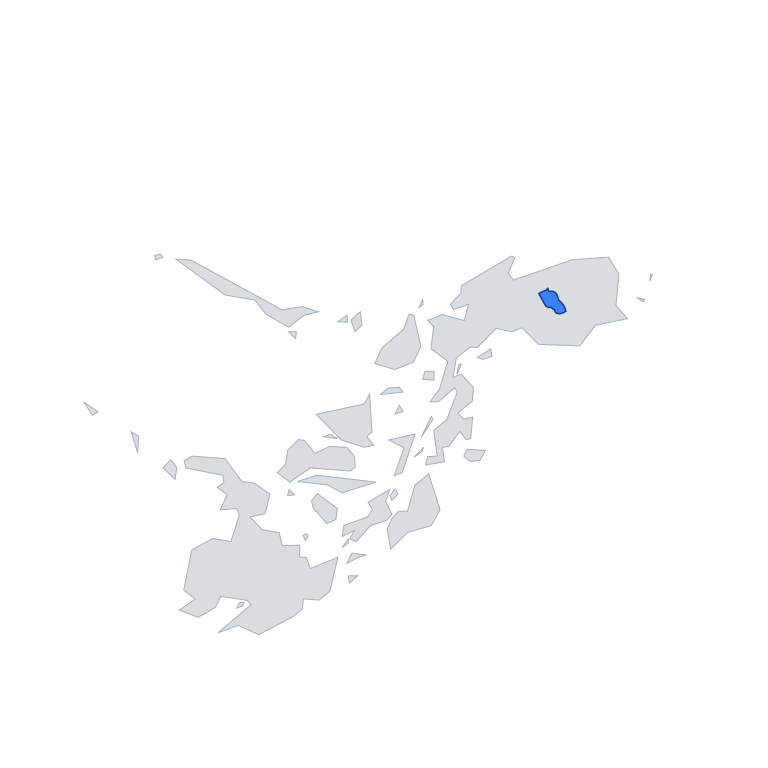 Philippines, with Ifugao highlighted, rotated 71°
{"feature_id": "PHL-2551", "entity_name": "Ifugao", "entity_type": "Province", "adm_level": 1, "iso_a3": "PHL", "parent_name": "Philippines", "parent_adm1": "", "projection": "albers", "projection_center": [121.298, 16.844], "detail": "fine", "context": "in_parent", "style": "filled", "palette": "blue", "viewbox_px": 768, "rotation_deg": 71, "n_neighbors": 0, "source": "natural_earth", "source_scale": "10m", "svg_char_len": 4620}
<svg xmlns="http://www.w3.org/2000/svg" viewBox="0 0 768 768"><g transform="rotate(71 384 384)"><path d="M356.6,126.1L385.3,139.1L401.5,132.4L397.3,164.7L411.7,186.6L396.9,224.9L375.8,235.2L376.3,245.9L367.9,260.0L379.8,283.8L377.2,290.2L382.7,307.0L400.3,316.6L399.8,307.7L416.6,300.7L428.8,305.9L435.6,323.6L443.3,320.1L444.1,310.9L463.8,319.8L463.5,324.5L453.4,327.7L464.2,342.9L463.0,349.3L477.2,352.2L474.2,371.2L466.9,366.4L469.5,357.1L444.1,352.2L438.1,336.2L415.5,317.4L410.5,318.3L418.5,338.2L415.9,346.4L406.9,333.2L383.2,316.3L366.0,328.1L346.1,318.5L338.0,321.7L337.3,306.1L350.1,287.6L336.1,277.9L336.2,294.1L330.3,295.3L323.0,281.5L316.3,279.1L304.6,221.9L306.9,219.0L319.7,230.4L327.9,227.9L327.7,165.7L337.2,130.4L356.6,126.1ZM532.8,484.0L562.4,502.7L567.2,515.7L560.9,530.2L570.2,534.5L574.3,545.7L580.3,584.0L564.8,600.2L565.2,622.0L549.3,581.3L543.8,584.2L531.7,607.5L540.4,616.3L544.1,635.7L531.1,651.2L526.0,632.5L513.7,640.5L478.4,619.9L474.3,596.3L483.1,580.0L460.8,563.4L453.7,563.9L449.7,580.0L437.6,568.3L427.3,575.3L425.2,567.6L418.0,566.0L398.8,598.7L391.5,598.0L389.8,588.8L402.7,558.7L429.9,550.1L435.5,538.8L451.0,527.8L467.9,538.5L466.1,554.0L482.2,546.5L490.4,531.5L503.7,532.8L509.0,516.2L520.1,520.1L522.8,513.7L534.5,513.9L532.8,484.0ZM446.1,504.9L433.0,513.7L427.7,503.2L415.3,496.7L408.7,483.0L411.5,477.4L427.0,472.2L425.3,455.4L431.9,439.8L442.8,435.4L453.0,438.2L455.4,443.9L439.4,481.1L446.1,504.9ZM521.2,372.0L533.3,385.4L532.0,409.7L542.3,431.5L522.0,428.1L513.9,420.3L509.0,411.6L512.0,403.2L489.8,387.8L483.5,371.0L521.2,372.0ZM388.9,400.9L425.8,411.2L428.1,417.4L438.7,413.5L437.2,423.6L423.3,442.4L390.6,458.0L396.4,409.4L388.9,400.9ZM248.2,505.2L198.2,540.1L203.9,526.3L280.7,456.2L284.2,436.2L294.3,422.5L293.1,437.1L299.3,455.5L279.2,473.1L262.6,478.7L248.2,505.2ZM328.7,333.4L360.4,336.9L373.1,349.1L373.8,369.1L361.7,386.1L349.2,374.2L338.5,347.5L326.1,337.6L328.7,333.4ZM495.5,420.6L509.7,419.1L513.7,425.6L513.5,442.8L524.1,461.9L519.2,466.8L512.8,459.7L514.6,473.2L504.6,468.0L504.4,443.1L499.3,435.9L490.6,437.6L485.6,412.9L495.5,420.6ZM448.0,497.8L448.5,476.9L474.1,423.7L473.2,459.1L461.1,470.2L448.0,497.8ZM497.3,483.5L478.4,491.3L470.8,490.5L465.9,482.7L486.7,468.6L496.5,473.8L497.3,483.5ZM441.4,371.0L473.7,395.6L474.1,404.3L451.0,385.8L438.5,397.7L441.4,371.0ZM485.2,327.8L478.2,332.0L472.7,326.8L479.8,309.8L487.6,318.1L485.2,327.8ZM406.3,612.6L391.3,620.2L386.1,610.2L395.4,607.1L406.3,612.6ZM307.9,382.7L321.5,386.0L324.9,394.4L312.8,394.5L307.9,382.7ZM388.6,332.5L396.6,335.6L392.2,346.1L385.3,341.1L388.6,332.5ZM353.5,633.0L368.8,639.3L346.8,638.7L353.5,633.0ZM541.5,477.5L533.4,469.4L540.1,456.2L539.4,464.1L541.5,477.5ZM397.9,368.5L392.8,390.7L389.1,381.5L392.2,370.7L397.9,368.5ZM317.4,663.4L318.5,670.0L303.1,673.8L317.4,663.4ZM393.1,272.9L392.7,282.9L389.2,287.1L385.5,271.6L393.1,272.9ZM420.6,445.8L414.1,458.6L414.0,451.3L420.6,445.8ZM313.8,398.2L310.1,407.4L306.8,396.7L313.8,398.2ZM496.7,414.5L491.7,414.8L486.7,407.6L492.7,406.7L496.7,414.5ZM416.2,374.9L416.2,383.3L409.0,376.4L416.2,374.9ZM561.0,481.6L553.7,480.3L556.8,471.3L561.0,481.6ZM433.5,349.5L446.5,366.2L430.1,349.8L433.5,349.5ZM312.3,452.8L303.6,457.3L306.0,449.9L312.3,452.8ZM459.6,504.5L458.1,511.6L453.1,508.1L459.6,504.5ZM460.2,369.7L463.1,379.5L456.7,367.1L460.2,369.7ZM192.2,559.5L187.7,558.9L188.8,552.7L192.2,552.0L192.2,559.5ZM506.4,509.3L500.7,509.8L500.1,506.1L503.5,505.3L506.4,509.3ZM548.0,596.2L543.7,591.9L544.9,587.3L547.8,589.5L548.0,596.2ZM321.2,321.0L323.6,326.6L316.9,320.1L321.2,321.0ZM522.8,469.7L525.2,477.1L518.8,468.2L522.8,469.7ZM390.8,112.2L384.5,116.8L389.0,110.0L390.8,112.2ZM398.9,311.8L390.2,307.4L390.3,304.5L398.9,311.8ZM367.8,94.2L373.2,99.4L367.1,96.0L367.8,94.2Z" fill="#d9dde1" stroke="#a8b0b8" stroke-width="1"/><path d="M374.5,188.3L374.6,189.0L374.9,190.5L375.0,191.3L374.8,195.4L374.6,195.7L374.3,195.8L374.0,196.2L373.4,197.7L373.0,198.1L372.6,198.4L372.2,198.5L371.2,198.7L370.7,198.7L369.6,198.6L369.2,198.6L369.1,198.8L369.0,199.1L368.8,199.4L368.5,199.7L368.2,199.9L367.2,200.1L367.1,200.5L366.8,200.6L366.4,200.6L366.2,200.6L365.9,200.7L365.9,200.8L365.8,201.0L365.6,201.4L365.7,201.6L365.8,201.9L365.7,202.3L365.3,202.9L365.2,203.5L364.9,203.8L364.4,204.2L363.9,205.0L363.5,205.4L361.8,205.9L348.8,208.2L348.4,205.7L348.2,202.8L347.9,200.0L346.8,198.0L347.5,197.8L348.8,198.2L349.4,198.1L350.1,197.6L350.5,197.0L350.8,195.4L351.6,193.8L353.0,192.5L354.7,191.6L356.4,191.2L360.1,191.5L361.4,191.4L362.2,191.1L364.7,189.8L367.2,188.8L369.5,188.3L371.9,188.1L374.5,188.3Z" fill="#3b82f6" stroke="#1e3a8a" stroke-width="1.5"/></g></svg>